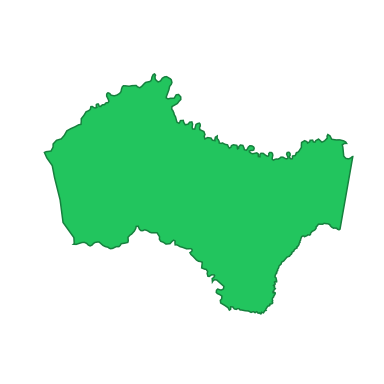 the district of Sherman, Oregon, United States of America, rotated 280°
{"feature_id": "52423323B77848973852884", "entity_name": "Sherman", "entity_type": "district", "adm_level": 2, "iso_a3": "USA", "parent_name": "United States of America", "parent_adm1": "Oregon", "projection": "orthographic", "projection_center": [-120.7, 45.41], "detail": "fine", "context": "isolated", "style": "filled", "palette": "green", "viewbox_px": 384, "rotation_deg": 280, "n_neighbors": 0, "source": "geoboundaries", "source_scale": "gbopen_adm2", "svg_char_len": 6060}
<svg xmlns="http://www.w3.org/2000/svg" viewBox="0 0 384 384"><g transform="rotate(280 192 192)"><path d="M254.8,344.2L254.7,343.8L253.1,342.4L251.8,340.5L251.8,337.6L253.7,335.2L262.2,332.8L264.6,331.8L266.3,333.7L266.7,335.8L267.9,334.7L268.7,332.5L269.0,328.5L268.3,324.9L268.2,320.4L271.2,318.2L272.2,315.8L270.5,315.3L268.5,315.8L265.3,313.6L263.6,311.3L266.1,307.4L264.1,305.0L262.4,304.4L262.4,302.8L264.0,301.8L263.4,299.3L262.0,299.3L260.3,297.3L261.5,296.4L262.1,294.0L259.8,291.3L256.9,291.6L255.0,292.0L250.9,290.3L249.3,289.2L249.1,288.3L248.3,287.7L247.4,287.8L245.8,287.3L244.9,284.8L243.7,284.8L243.1,285.1L242.0,284.8L241.8,283.7L242.5,282.4L244.2,281.8L245.3,282.3L247.1,281.8L248.0,280.5L247.4,278.9L245.7,278.6L243.8,279.8L243.2,280.5L241.8,280.4L241.1,279.5L241.2,277.8L242.0,275.9L242.0,274.6L241.6,273.3L240.3,272.4L239.3,270.9L239.1,269.2L238.3,267.6L237.5,266.7L238.1,265.4L239.1,265.1L242.3,265.2L244.1,264.4L244.7,263.2L244.4,261.6L243.0,260.9L241.8,261.3L240.4,260.7L240.4,259.6L241.4,257.2L242.4,255.5L242.1,253.2L240.7,252.4L238.5,252.8L238.4,251.2L241.0,250.6L241.8,249.0L240.2,245.1L240.4,243.5L241.4,241.6L242.3,241.3L243.2,242.9L243.4,244.3L244.1,245.5L246.0,245.6L247.1,244.8L247.8,243.0L247.6,241.0L246.0,239.7L243.8,239.0L242.5,238.2L242.8,236.2L244.3,235.6L246.7,234.0L246.7,231.5L244.5,230.1L243.3,230.4L242.4,229.4L243.1,229.0L244.3,228.8L245.7,228.0L245.7,224.6L244.5,222.8L242.8,222.5L241.7,221.1L242.8,220.0L244.6,218.8L244.7,216.2L245.6,213.5L244.9,212.2L245.0,210.3L246.5,209.9L247.9,208.9L249.1,207.4L251.5,207.1L250.0,205.5L247.7,205.4L246.6,205.7L246.5,203.1L248.4,201.4L248.3,197.9L246.5,195.5L249.1,194.3L250.8,194.8L253.6,193.2L254.8,188.8L257.3,188.2L258.4,188.7L260.3,188.2L261.1,187.3L260.3,185.5L259.2,184.2L254.4,183.8L254.2,181.7L255.7,180.9L258.9,180.8L261.0,179.7L260.3,177.5L258.2,176.5L257.0,173.7L259.2,171.7L261.0,171.0L260.3,168.2L258.5,167.8L257.4,167.2L258.2,165.0L263.2,162.7L265.2,161.0L266.6,160.5L269.0,158.9L269.9,157.7L272.6,157.4L276.6,162.2L279.3,163.6L281.1,164.9L283.7,164.4L285.7,161.8L285.0,159.6L281.2,158.1L280.5,154.3L279.5,152.3L280.2,150.3L281.5,150.2L288.7,151.5L292.0,151.6L294.6,152.9L296.4,153.2L298.9,152.1L299.7,151.0L301.2,146.9L300.6,145.0L298.9,143.0L295.9,141.7L294.5,139.5L295.9,137.2L297.0,136.1L299.2,135.5L300.7,135.8L301.8,134.6L300.9,133.4L298.2,132.6L295.8,132.6L294.6,132.3L293.5,131.3L291.9,127.4L290.8,126.4L287.4,124.2L285.6,122.5L286.1,120.1L287.2,118.5L286.3,114.4L285.2,111.7L285.0,108.0L284.7,106.0L283.4,105.1L281.2,104.7L278.6,104.7L276.5,103.6L274.4,101.2L273.2,98.7L273.3,95.5L274.7,93.9L275.1,92.3L274.9,91.7L273.6,91.0L271.6,91.3L268.6,93.5L266.9,94.4L265.3,93.7L265.1,92.4L264.4,91.4L262.9,90.8L262.4,88.9L261.3,87.6L260.4,87.4L260.2,85.8L262.4,84.5L262.2,83.4L261.5,82.6L259.5,82.9L258.8,83.5L258.1,82.5L257.9,81.2L258.9,78.9L258.5,77.6L255.7,77.5L254.7,76.7L253.3,74.9L252.7,73.8L248.8,72.3L244.9,70.2L242.2,70.7L239.3,70.9L238.5,68.7L235.8,65.3L233.4,61.7L230.5,58.1L225.6,56.4L221.6,54.0L219.4,49.6L215.2,46.9L212.0,47.4L207.8,46.0L206.4,41.4L205.3,39.8L200.4,43.1L193.7,49.8L182.4,54.1L161.3,63.5L139.6,70.3L126.6,83.6L120.7,85.0L120.0,84.4L120.3,87.0L123.2,92.5L123.7,94.7L123.1,97.2L121.8,99.0L121.2,101.0L122.3,102.7L124.0,103.8L125.4,105.1L126.3,107.5L126.6,109.2L123.9,113.7L123.2,116.1L123.0,119.0L122.3,120.2L122.0,121.6L122.7,123.7L125.0,126.8L125.5,129.5L127.0,130.6L128.8,131.3L130.0,134.8L131.2,137.5L132.8,137.7L136.3,136.8L139.0,138.6L140.0,139.8L143.5,142.0L146.2,142.9L148.4,143.0L149.0,144.9L146.2,146.7L145.1,148.4L145.4,150.3L146.6,152.0L146.2,154.7L145.0,157.6L144.8,159.2L145.8,164.6L142.3,167.8L139.8,168.1L138.0,169.8L137.5,172.6L136.2,175.4L137.3,179.3L140.0,181.0L141.4,182.3L140.7,184.0L139.0,184.0L137.0,184.6L137.3,185.8L137.1,187.2L136.1,189.7L135.9,192.1L135.1,196.6L136.0,200.8L135.4,202.0L134.3,202.3L133.1,201.7L131.9,200.5L130.3,201.8L128.8,204.2L125.8,208.2L124.9,210.5L125.0,212.2L124.6,214.3L118.9,214.7L118.2,217.9L118.3,219.3L116.5,221.2L114.3,221.1L111.8,222.3L111.8,223.6L113.9,225.7L114.2,228.2L113.6,228.8L111.6,228.3L110.3,226.9L107.1,227.7L108.1,228.1L109.6,229.5L109.6,231.7L104.6,239.8L102.0,239.8L100.5,237.8L100.5,236.4L100.9,234.2L99.5,233.2L97.4,233.3L96.4,234.6L95.7,237.3L94.7,239.5L91.9,239.8L90.2,238.7L87.7,239.5L85.9,244.2L84.3,247.6L82.2,249.3L83.2,250.4L85.7,250.0L85.9,252.1L84.2,254.0L84.1,256.0L84.9,256.7L85.3,258.7L84.2,259.8L84.4,261.2L84.3,264.9L84.6,268.3L83.7,271.1L84.8,273.0L84.8,273.7L84.4,274.2L84.1,275.0L84.4,275.6L85.3,276.2L85.1,277.1L84.2,278.0L84.3,278.9L84.8,279.7L84.1,280.2L83.9,281.0L85.1,281.5L85.6,281.5L85.4,283.4L87.6,284.2L88.2,285.4L88.5,285.0L89.8,285.2L92.7,286.4L93.1,287.4L93.7,288.3L94.9,288.0L95.8,290.0L96.4,290.6L97.0,290.7L97.3,290.3L98.1,290.0L98.8,290.4L100.2,289.7L101.7,289.8L102.8,290.6L104.0,290.7L105.2,291.3L106.4,291.6L107.3,291.3L107.4,290.5L106.9,290.2L106.8,289.4L107.6,289.0L108.4,289.2L108.6,289.6L110.4,289.9L110.6,290.4L111.3,290.8L111.6,290.2L112.3,289.6L112.8,289.9L113.7,289.2L114.0,288.5L114.6,288.8L114.7,289.5L115.9,289.9L117.6,288.8L118.3,289.5L118.0,289.9L118.2,290.9L118.9,290.9L122.1,289.6L122.7,288.5L124.4,288.4L125.9,288.8L126.5,289.4L127.3,289.5L127.5,289.1L128.7,289.4L129.4,290.0L130.5,289.7L132.4,290.5L134.0,290.5L134.6,290.8L136.5,292.3L137.7,292.3L138.6,292.6L140.0,294.3L144.3,296.8L145.1,298.0L145.6,299.1L147.4,300.0L147.9,300.6L148.8,301.0L149.4,300.7L150.2,301.2L151.4,302.5L152.7,302.7L154.0,303.6L155.2,305.2L156.1,304.8L157.3,305.9L158.8,306.5L160.2,306.4L161.1,307.1L162.1,306.7L163.4,307.3L164.6,307.2L167.1,307.8L168.0,308.9L168.0,309.9L167.5,310.5L168.9,312.7L169.9,313.5L170.0,314.5L170.0,315.4L170.7,316.0L172.2,316.0L174.2,317.3L175.1,318.6L176.3,319.8L177.9,320.5L179.3,320.3L180.3,321.2L182.3,322.1L183.0,326.4L183.6,326.9L184.1,327.7L184.1,329.4L184.3,331.3L183.9,333.0L183.6,333.6L183.0,333.8L181.7,335.6L180.9,337.7L181.3,338.6L181.3,339.7L181.5,340.5L181.3,341.1L180.6,341.6L180.5,342.8L180.3,343.3L181.1,344.2L254.8,344.2Z" fill="#22c55e" stroke="#15803d" stroke-width="1.5"/></g></svg>